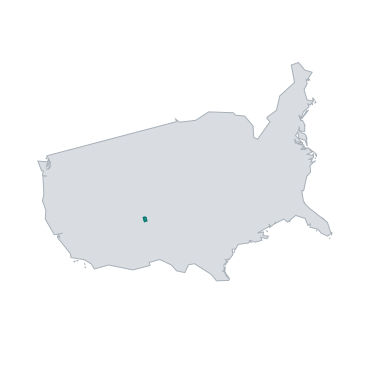 Mineral, Colorado, United States of America (highlighted), rotated 344°
{"feature_id": "52423323B56344339694103", "entity_name": "Mineral", "entity_type": "district", "adm_level": 2, "iso_a3": "USA", "parent_name": "United States of America", "parent_adm1": "Colorado", "projection": "albers", "projection_center": [-106.92, 37.684], "detail": "fine", "context": "in_parent", "style": "filled", "palette": "teal", "viewbox_px": 384, "rotation_deg": 344, "n_neighbors": 0, "source": "geoboundaries", "source_scale": "gbopen_adm2", "svg_char_len": 4080}
<svg xmlns="http://www.w3.org/2000/svg" viewBox="0 0 384 384"><g transform="rotate(344 192 192)"><path d="M302.9,123.8L320.8,114.9L322.4,97.3L330.1,96.9L334.0,105.8L340.5,110.0L334.5,115.2L334.8,117.0L332.8,115.4L332.5,119.7L328.0,124.4L327.9,135.0L332.5,137.5L334.5,136.2L333.2,134.7L334.2,135.2L335.1,137.1L329.5,140.9L327.6,139.2L328.0,142.3L321.1,145.7L317.0,151.4L316.9,149.1L315.9,148.0L316.1,153.4L318.0,153.7L318.9,158.1L317.1,164.8L312.1,162.9L313.2,158.6L311.4,161.9L313.7,165.3L316.1,166.9L317.2,169.2L315.4,179.7L315.0,173.6L309.5,169.7L310.2,163.4L307.0,166.3L311.0,174.0L306.6,172.7L305.4,173.4L305.8,170.5L305.4,169.7L304.9,172.1L305.3,173.8L311.9,175.2L311.1,177.0L307.7,175.0L306.6,174.8L310.8,177.2L312.4,177.5L312.3,179.8L310.1,178.7L313.7,181.0L313.2,181.6L311.4,180.5L307.8,180.9L313.0,182.4L315.6,181.4L320.8,188.0L316.5,183.1L318.5,186.6L313.1,187.5L318.0,190.0L319.5,188.3L318.3,192.4L313.0,192.9L316.6,193.7L314.5,196.2L318.0,196.5L312.7,199.1L311.5,205.5L306.7,208.6L299.6,221.6L297.9,220.9L296.6,231.2L296.9,233.5L300.4,240.0L313.8,258.5L314.2,270.1L310.3,271.9L304.8,267.1L302.8,262.5L295.7,258.4L296.9,255.4L294.2,256.2L293.5,248.7L285.2,243.1L275.6,247.3L272.9,243.4L262.9,245.3L263.8,243.4L262.4,245.4L258.1,247.1L257.4,243.8L257.1,246.3L243.6,249.5L249.7,250.1L248.3,253.5L253.3,255.6L251.3,257.6L245.6,254.6L245.9,257.7L238.8,257.6L234.4,254.3L232.4,256.6L222.0,255.1L216.8,260.1L218.2,258.8L214.9,258.1L213.9,263.6L208.2,267.7L209.5,266.5L205.4,266.4L207.0,268.0L202.6,270.8L201.3,276.8L199.1,276.1L201.1,277.5L202.0,282.8L204.2,285.8L202.9,287.1L191.0,284.1L187.7,276.4L174.6,261.6L168.5,261.0L162.9,267.5L155.5,263.6L152.0,256.4L142.4,248.0L131.4,247.9L131.4,251.1L113.7,250.6L91.7,239.2L76.9,239.1L75.4,233.4L69.8,227.4L57.6,221.7L58.1,217.8L50.2,198.7L50.8,197.0L52.6,199.6L51.8,195.6L56.3,196.0L47.9,195.1L43.5,177.6L46.5,169.2L45.8,159.2L49.0,153.3L53.1,135.6L56.9,136.7L52.8,135.1L54.8,130.5L53.3,130.3L52.4,119.8L61.5,123.2L58.8,128.1L62.4,124.9L61.5,129.3L59.1,130.0L60.6,130.4L62.7,128.9L64.0,124.5L62.5,117.2L196.6,120.1L196.3,117.4L199.4,121.5L215.2,124.1L230.2,119.6L253.5,127.2L255.1,130.2L263.5,133.5L268.9,145.3L266.4,156.6L269.6,159.3L286.3,146.0L284.2,141.7L285.6,140.4L295.7,136.8L302.9,123.8ZM324.0,146.9L326.9,145.2L317.1,152.2L324.8,145.3L324.0,146.9ZM62.5,121.5L63.3,124.6L63.2,125.0L61.8,122.6L62.5,121.5ZM203.9,284.9L201.9,280.4L201.8,277.7L202.3,280.5L203.9,284.9ZM335.4,115.2L335.9,116.6L335.3,116.5L335.4,115.2ZM234.8,255.7L235.2,256.7L234.0,256.0L234.8,255.7ZM61.9,226.8L63.5,226.3L63.6,226.5L61.9,226.8ZM60.4,226.1L59.8,226.8L59.4,226.1L60.4,226.1ZM332.4,139.9L331.9,141.2L331.6,141.0L332.4,139.9ZM202.4,275.1L201.7,277.4L203.4,273.0L202.4,275.1ZM309.7,252.3L312.3,256.0L309.3,252.0L309.7,252.3ZM69.0,231.3L69.5,232.5L68.9,231.4L69.0,231.3ZM315.0,270.5L314.1,272.1L315.4,268.8L315.0,270.5ZM322.0,190.4L321.3,192.4L321.0,188.3L322.0,190.4ZM61.6,119.0L61.5,119.9L61.0,119.4L61.6,119.0ZM207.2,268.9L205.1,270.1L207.2,268.6L207.2,268.9ZM335.5,139.1L335.8,140.2L334.8,140.3L335.5,139.1ZM68.6,234.5L68.9,235.9L68.4,234.6L68.6,234.5ZM204.6,271.0L203.8,271.6L204.5,270.7L204.6,271.0ZM317.3,171.1L316.7,173.7L317.2,170.2L317.3,171.1ZM216.3,261.2L215.0,262.2L216.8,260.5L216.3,261.2ZM297.1,232.2L297.3,233.9L296.9,232.8L297.1,232.2ZM318.5,196.6L318.2,197.1L319.1,195.4L318.5,196.6ZM279.1,246.1L277.6,247.3L276.9,247.3L279.1,246.1ZM257.4,246.9L257.2,247.3L256.2,247.4L257.4,246.9ZM301.0,263.2L301.5,264.3L300.6,263.0L301.0,263.2ZM253.5,250.2L253.5,251.3L253.0,249.4L253.5,250.2ZM311.9,274.4L311.0,274.8L312.2,274.1L311.9,274.4ZM318.9,158.9L318.7,160.2L318.9,158.4L318.9,158.9ZM320.4,193.1L320.0,193.7L319.9,193.7L320.4,193.1Z" fill="#d9dde1" stroke="#a8b0b8" stroke-width="1"/><path d="M140.6,207.2L140.6,205.3L140.7,204.0L140.7,203.8L140.5,203.7L140.4,203.7L140.1,203.5L139.8,203.4L139.7,203.2L139.4,203.1L139.1,203.0L138.9,203.2L138.7,203.2L138.4,203.2L138.3,203.3L138.2,203.3L138.2,204.1L138.1,205.2L138.3,205.2L138.2,207.0L138.2,207.3L140.6,207.2L140.6,207.2Z" fill="#14b8a6" stroke="#0f766e" stroke-width="1.5"/></g></svg>